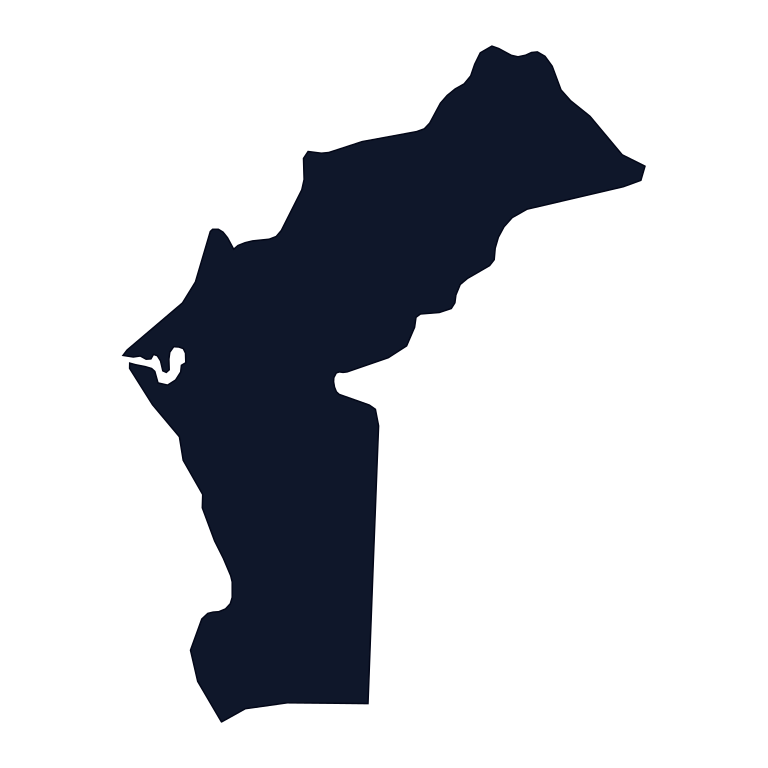 the border of Cabinda
{"feature_id": "AGO-1885", "entity_name": "Cabinda", "entity_type": "Province", "adm_level": 1, "iso_a3": "AGO", "parent_name": "Angola", "parent_adm1": "", "projection": "mercator", "projection_center": [12.416, -5.077], "detail": "fine", "context": "isolated", "style": "filled", "palette": "ink", "viewbox_px": 768, "rotation_deg": 0, "n_neighbors": 0, "source": "natural_earth", "source_scale": "10m", "svg_char_len": 1770}
<svg xmlns="http://www.w3.org/2000/svg" viewBox="0 0 768 768"><path d="M502.2,50.4L511.3,55.3L518.0,56.8L525.6,55.2L531.5,52.5L537.4,51.9L545.0,56.3L552.2,66.2L561.0,89.9L570.6,100.7L590.0,116.3L622.2,154.8L645.0,166.2L640.9,180.3L623.4,186.7L527.0,209.2L512.2,217.6L504.0,226.8L498.4,237.2L495.2,248.2L494.2,259.7L489.6,265.6L467.5,278.4L460.2,284.5L455.9,295.0L454.9,302.8L451.3,308.5L439.3,312.5L420.4,314.0L416.0,317.3L414.6,327.3L406.6,345.9L388.3,357.7L347.1,371.9L343.0,372.4L339.4,371.9L336.3,372.9L333.8,377.7L333.6,381.8L334.5,387.1L336.4,391.8L339.2,394.4L369.4,405.1L375.4,409.3L378.6,425.9L377.1,463.7L375.5,505.7L373.2,564.6L370.9,625.9L369.7,657.9L368.0,703.6L331.9,703.2L287.3,702.8L245.3,708.7L221.6,721.9L221.4,721.8L197.7,681.4L190.5,650.2L201.8,619.0L207.8,613.4L213.1,612.1L218.8,611.7L225.5,608.9L230.3,603.7L232.2,597.4L232.2,582.0L230.7,575.7L223.3,558.2L214.6,540.9L202.3,507.8L202.7,494.5L183.2,460.3L179.4,436.8L152.5,404.7L129.6,368.4L129.7,363.1L135.5,364.7L145.2,366.6L151.6,368.5L154.8,371.4L158.0,382.9L167.6,385.1L175.6,380.0L180.7,372.0L181.4,365.3L185.8,362.7L185.5,353.1L183.3,348.6L178.8,347.0L173.7,346.7L169.8,352.2L168.9,359.2L169.2,369.8L166.3,372.4L162.8,370.8L160.5,360.8L157.3,355.7L153.5,354.4L150.9,358.9L146.1,359.2L140.3,356.0L133.3,357.0L123.0,355.4L127.1,350.0L182.5,302.9L195.4,282.0L210.3,231.5L212.6,229.3L218.4,229.3L223.0,232.1L227.5,237.7L233.7,249.2L238.0,245.5L245.1,242.7L252.6,240.9L269.2,239.2L276.2,236.5L281.3,230.5L301.8,189.8L304.1,179.5L303.5,158.4L308.1,151.5L321.4,153.2L328.8,152.5L362.2,141.6L416.6,131.6L424.3,128.8L429.7,123.1L440.4,103.2L447.2,95.4L455.2,88.9L464.1,83.9L470.7,75.9L474.7,64.2L480.3,52.8L491.9,46.1L498.7,48.5L502.2,50.4Z" fill="#0f172a" stroke="#020617" stroke-width="1.5"/></svg>